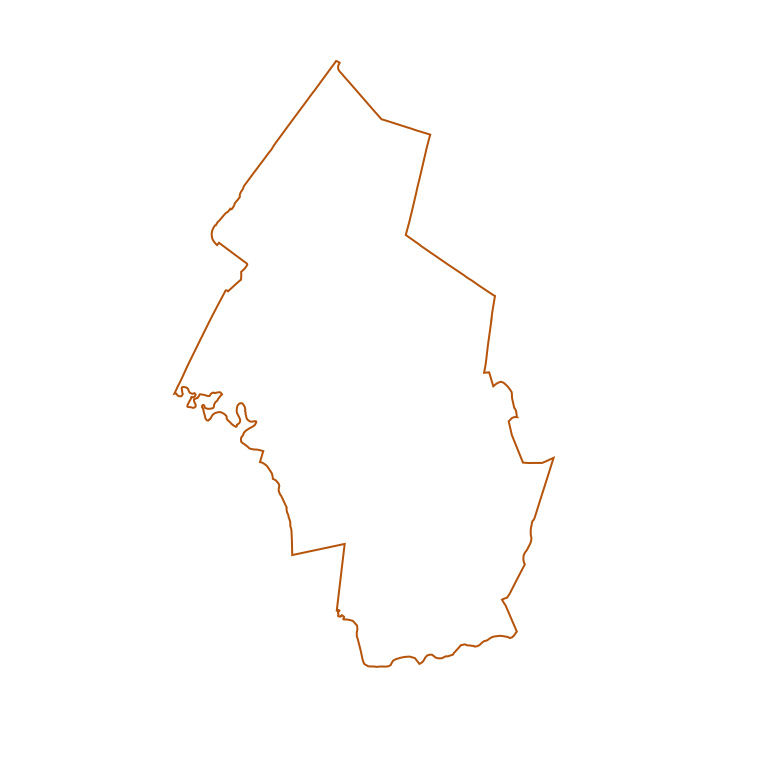 Vladeni, Dâmbovita, Romania (orthographic projection), rotated 319°
{"feature_id": "2599482B82955603799790", "entity_name": "Vladeni", "entity_type": "district", "adm_level": 2, "iso_a3": "ROU", "parent_name": "Romania", "parent_adm1": "Dâmbovita", "projection": "orthographic", "projection_center": [25.776, 44.875], "detail": "fine", "context": "isolated", "style": "outline", "palette": "amber", "viewbox_px": 768, "rotation_deg": 319, "n_neighbors": 0, "source": "geoboundaries", "source_scale": "gbopen_adm2", "svg_char_len": 6166}
<svg xmlns="http://www.w3.org/2000/svg" viewBox="0 0 768 768"><g transform="rotate(319 384 384)"><path d="M321.8,658.0L330.6,630.5L330.6,629.6L331.5,624.2L332.7,624.4L336.8,626.0L341.4,624.7L357.4,618.2L358.5,617.8L370.7,613.0L371.4,612.8L371.9,612.5L372.1,612.3L372.4,610.8L373.8,608.2L374.8,607.0L376.6,605.3L377.8,604.5L379.9,603.7L382.2,603.2L383.3,602.9L385.6,602.0L386.7,601.6L388.6,600.8L390.6,599.9L392.4,598.6L393.2,598.0L394.1,597.0L395.2,595.3L395.8,594.2L396.6,593.1L398.8,590.6L401.1,588.5L402.6,587.5L404.6,585.8L405.6,585.2L406.5,584.8L407.9,584.7L408.5,584.5L409.4,584.1L416.3,579.9L425.7,574.1L448.7,560.1L463.5,551.0L458.0,549.3L456.1,548.8L455.5,548.6L452.1,547.5L451.4,547.2L450.9,546.7L441.1,538.3L437.3,534.5L447.0,506.4L453.6,494.0L458.2,493.6L460.7,494.5L462.7,496.3L462.7,495.9L465.8,491.4L466.4,489.7L466.7,488.2L466.6,487.5L467.3,486.2L471.3,478.8L474.5,474.7L475.0,473.9L475.4,471.4L475.7,467.6L475.5,464.3L475.1,461.5L473.7,459.0L471.6,458.1L469.0,457.5L465.0,457.4L471.0,444.2L466.9,441.2L472.8,436.5L472.7,436.6L476.6,433.2L487.2,423.5L503.4,409.4L507.6,405.7L507.4,405.7L513.2,400.5L525.5,390.4L524.7,388.2L520.6,373.3L518.2,363.6L516.6,358.6L515.8,354.8L514.5,349.8L510.8,336.3L502.5,304.2L502.2,302.2L498.2,285.8L509.7,278.1L520.5,270.4L532.7,261.6L538.9,257.0L546.6,251.6L552.4,247.4L572.0,233.2L577.0,229.8L582.5,226.1L575.0,214.1L571.9,208.8L568.5,203.3L567.0,200.8L558.5,186.8L555.8,182.5L555.8,180.9L555.7,172.2L555.7,169.1L555.7,142.9L555.7,142.7L555.7,141.8L555.7,135.1L555.6,124.6L555.6,124.4L555.7,123.2L555.6,120.8L555.6,119.0L555.7,117.7L556.0,116.6L556.7,115.4L557.3,114.6L558.0,114.0L558.8,113.5L561.3,112.5L560.9,111.1L559.8,108.8L556.2,109.7L551.5,110.7L534.7,114.5L524.6,116.8L519.9,117.7L507.5,120.5L488.3,124.7L461.1,130.8L457.6,131.7L453.7,132.9L452.2,133.3L448.7,133.9L439.7,135.9L431.9,137.5L430.4,137.9L426.9,138.6L407.9,142.8L405.5,144.2L404.2,144.7L402.6,145.0L401.5,145.4L400.8,145.7L399.3,146.6L398.4,147.5L398.2,147.9L397.9,148.3L397.5,148.4L394.1,149.1L392.2,149.3L390.1,149.7L387.5,151.2L384.1,152.1L383.0,151.8L382.9,150.9L379.7,151.6L378.7,151.6L377.0,151.2L374.8,151.4L367.1,152.6L364.7,152.7L363.4,153.1L361.1,153.9L360.5,153.4L360.1,153.5L358.1,154.1L356.4,154.8L355.1,155.5L353.8,156.4L352.5,157.6L351.5,158.8L350.6,160.2L349.8,161.7L349.4,162.9L349.1,164.4L349.0,165.8L349.0,168.1L349.2,169.7L352.1,169.1L355.6,185.4L358.8,200.0L359.3,201.7L359.5,203.6L359.0,204.3L356.6,205.1L354.4,205.5L349.7,205.7L348.0,207.9L344.5,211.5L344.2,211.4L338.4,211.4L327.1,211.7L326.9,210.4L325.9,209.5L310.5,215.4L295.3,221.4L274.9,229.9L248.0,241.2L236.2,246.6L229.2,249.6L227.3,250.3L224.9,251.4L219.4,253.8L220.4,254.3L220.8,254.6L220.9,255.5L220.7,257.1L221.1,258.4L222.1,259.6L223.0,260.2L224.5,260.0L225.6,259.5L226.1,258.3L228.6,254.4L229.6,254.0L230.9,254.8L232.4,256.8L232.8,257.8L232.8,259.0L231.8,262.3L231.7,263.4L232.5,264.9L233.1,265.8L234.2,266.3L234.9,266.5L235.1,267.5L234.7,268.6L233.5,269.1L231.7,269.1L230.9,268.6L230.7,267.8L230.1,267.5L229.5,267.7L228.7,268.4L226.1,269.3L222.0,270.9L220.9,271.9L221.0,272.9L222.8,274.5L224.2,276.7L225.4,277.4L227.1,277.4L228.2,276.2L228.8,273.9L229.6,272.1L230.4,271.1L233.3,271.7L234.0,272.2L236.6,271.6L237.5,271.1L238.5,271.1L241.2,274.3L242.3,276.2L243.7,278.1L244.8,278.6L246.4,277.9L248.5,278.0L249.6,278.5L249.9,279.5L253.7,281.7L254.9,282.7L255.1,284.6L254.9,285.6L254.4,285.6L253.0,285.6L252.3,285.9L251.3,286.0L248.5,286.6L247.3,287.2L245.6,287.1L244.6,287.2L243.2,287.7L241.9,288.4L240.5,289.7L239.5,290.0L238.3,289.7L235.3,287.7L233.8,285.9L233.3,284.4L233.5,283.6L234.1,282.8L234.1,281.6L233.6,281.0L232.4,281.2L231.5,282.0L231.2,284.1L230.0,286.2L227.6,291.2L226.9,292.3L226.5,293.5L226.5,295.0L226.6,295.5L227.6,296.4L228.6,296.1L229.9,296.4L232.3,295.5L234.1,294.9L236.1,294.9L238.0,295.3L240.1,296.4L241.4,297.2L242.4,298.4L243.0,299.7L243.6,301.2L243.9,302.7L244.1,304.5L243.6,305.7L242.7,306.7L242.3,307.9L242.8,312.8L242.7,313.6L243.2,316.5L244.2,319.2L244.9,319.4L246.1,318.7L246.4,318.3L246.9,318.4L248.9,318.6L250.5,318.1L251.8,316.9L252.5,315.4L254.1,309.3L255.2,307.6L257.5,305.4L259.5,304.1L262.0,303.9L263.5,304.6L264.4,305.9L264.3,307.8L263.8,310.1L262.5,312.4L261.5,313.1L261.0,314.7L259.9,315.5L259.3,317.2L258.1,319.0L257.6,321.1L257.9,323.0L258.4,324.6L259.7,325.9L262.4,327.5L262.9,328.3L262.5,329.1L259.6,330.2L256.8,330.0L253.1,329.1L250.0,328.7L248.5,328.6L246.4,328.9L245.2,329.4L244.3,330.1L241.2,330.7L240.0,331.6L239.0,332.9L238.3,334.1L238.6,336.0L239.2,338.1L240.0,341.9L240.1,344.1L241.0,345.7L242.9,348.1L244.4,349.5L245.5,350.6L248.9,355.4L239.1,361.6L240.6,363.6L241.3,366.0L241.9,369.0L240.8,377.6L239.6,380.2L237.9,382.7L238.3,383.4L239.2,386.0L239.1,390.0L238.1,392.3L235.9,393.9L234.4,395.6L233.2,398.9L233.0,401.1L229.5,413.5L229.0,413.7L227.8,415.2L226.6,417.4L225.7,420.4L224.5,422.1L224.0,423.7L222.9,426.3L221.5,428.1L220.0,429.9L219.0,432.3L217.6,434.4L211.9,441.6L202.5,452.9L249.4,478.9L199.6,524.1L200.0,524.6L201.4,524.8L201.7,525.3L201.7,525.8L200.8,526.1L199.7,526.1L198.9,526.8L198.6,527.8L197.2,528.9L197.2,529.6L198.1,530.3L198.5,531.0L199.1,531.2L199.8,530.7L200.5,530.8L200.8,531.7L201.1,533.3L200.9,533.9L199.3,534.5L199.0,535.1L201.3,537.2L202.9,539.1L205.0,542.2L205.2,544.7L205.0,545.8L205.2,546.9L205.2,548.5L204.8,549.2L203.8,550.6L203.2,551.5L202.1,552.4L200.4,553.7L198.0,556.5L196.9,559.2L191.5,569.9L187.0,578.1L185.9,580.6L185.5,582.4L185.7,583.4L186.2,584.5L186.6,585.9L187.1,587.0L191.6,591.1L192.8,592.7L194.6,593.8L196.4,595.3L199.8,598.3L202.0,599.9L204.5,600.5L207.0,599.5L209.4,598.8L212.3,599.4L216.4,601.2L220.5,603.5L224.6,606.6L227.5,611.2L227.1,618.5L230.7,619.1L232.8,618.6L235.9,617.5L238.5,617.2L241.3,618.5L242.7,620.0L243.5,624.5L245.4,627.1L247.9,629.0L251.7,629.9L253.5,631.4L258.6,633.5L260.1,632.9L267.3,632.1L270.7,631.6L274.4,633.7L275.3,635.8L277.8,638.2L278.6,639.4L279.6,640.1L280.1,641.6L282.2,643.0L284.9,643.7L288.5,643.5L291.0,643.8L293.4,645.1L297.5,645.5L299.4,645.9L300.8,646.6L301.3,646.7L306.7,650.4L309.6,653.8L311.5,656.2L312.2,658.2L314.4,659.2L317.5,659.1L318.6,658.7L321.8,658.0Z" fill="none" stroke="#b45309" stroke-width="2"/></g></svg>